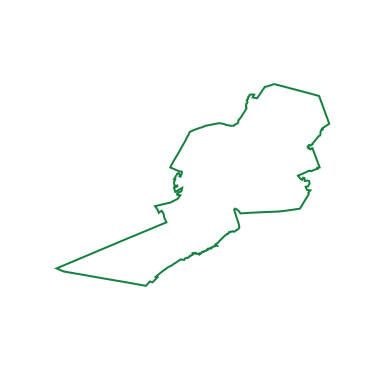 Medņevas pag., Vilakas, Latvia (Robinson projection), rotated 337°
{"feature_id": "27541924B53598667549693", "entity_name": "Medņevas pag.", "entity_type": "district", "adm_level": 2, "iso_a3": "LVA", "parent_name": "Latvia", "parent_adm1": "Vilakas", "projection": "robinson", "projection_center": [27.629, 57.125], "detail": "fine", "context": "isolated", "style": "outline", "palette": "green", "viewbox_px": 384, "rotation_deg": 337, "n_neighbors": 0, "source": "geoboundaries", "source_scale": "gbopen_adm2", "svg_char_len": 5595}
<svg xmlns="http://www.w3.org/2000/svg" viewBox="0 0 384 384"><g transform="rotate(337 192 192)"><path d="M281.3,126.1L280.0,127.7L279.8,128.3L279.4,128.4L278.6,128.6L278.2,128.9L278.1,129.0L278.1,129.3L278.3,129.6L278.3,129.9L278.0,131.1L277.9,131.4L277.3,131.8L276.8,131.9L276.6,132.1L276.3,132.1L276.1,132.8L275.9,133.1L275.7,133.3L275.3,133.7L275.3,134.6L275.3,134.9L275.1,135.2L274.7,135.5L274.7,135.8L274.7,136.5L273.8,137.1L269.9,139.8L269.2,140.2L267.3,141.6L264.6,143.3L264.3,143.3L264.0,143.5L263.7,143.6L263.1,144.1L262.7,144.1L262.1,145.2L261.9,145.9L260.6,146.6L258.1,146.6L257.2,147.0L257.0,147.3L256.4,147.3L255.3,146.9L254.1,146.5L251.1,144.5L249.3,143.6L248.9,142.5L244.5,139.6L244.1,139.3L239.6,138.3L239.5,138.2L238.9,138.1L234.0,137.2L230.7,136.4L225.7,136.3L224.1,136.0L221.5,135.9L218.7,135.7L213.5,135.8L212.8,136.4L210.8,138.3L209.6,139.0L209.2,139.4L207.6,140.8L204.8,143.1L199.7,146.9L198.9,147.6L194.1,151.3L188.4,155.4L187.3,156.2L186.0,157.3L183.0,159.7L182.8,159.7L181.6,160.9L187.1,166.7L187.2,166.8L188.0,167.7L190.5,169.2L190.2,170.5L187.4,173.4L186.6,172.7L187.4,171.8L187.3,169.6L186.3,169.5L185.8,169.3L180.5,173.2L181.5,173.9L179.2,175.9L178.3,179.5L181.0,180.3L180.7,181.1L177.1,181.1L177.0,182.3L176.8,184.1L176.7,185.4L179.4,185.1L180.4,184.9L184.5,184.4L182.7,187.0L181.7,187.3L179.4,187.1L179.3,187.3L177.7,187.6L177.4,188.9L178.6,189.4L179.0,189.6L179.9,190.5L176.0,192.7L167.9,193.3L160.1,191.9L152.5,190.6L153.5,195.4L153.4,196.4L153.4,197.3L153.3,198.2L156.8,197.4L157.3,200.8L156.5,204.7L156.6,210.0L151.3,209.9L151.2,209.9L123.3,209.7L116.1,209.6L37.5,209.4L42.8,215.0L61.9,227.3L73.1,234.6L79.3,238.6L89.7,245.3L90.9,246.0L113.0,260.4L118.2,257.9L120.3,259.7L126.8,257.1L126.2,256.7L125.4,255.9L126.8,255.5L130.1,254.5L135.0,253.1L136.8,252.9L140.4,251.9L144.4,251.7L146.9,251.1L148.2,251.0L152.2,250.2L152.9,250.0L155.2,249.6L157.2,250.9L158.2,251.5L159.2,250.6L159.4,250.5L160.5,250.6L160.8,250.5L161.0,250.4L161.5,250.4L162.2,251.0L162.5,251.0L163.5,250.7L164.1,250.5L164.4,250.4L164.8,250.4L164.9,250.1L165.1,250.0L165.3,249.9L165.6,250.0L165.9,250.0L166.0,250.2L166.3,250.1L167.0,250.1L167.6,250.1L168.0,250.0L168.5,249.7L168.6,249.4L168.3,249.2L168.2,249.0L168.3,248.8L168.4,248.6L168.7,248.7L169.0,248.9L169.1,248.6L169.3,248.5L169.7,248.7L169.9,248.9L169.9,249.1L170.0,249.4L170.1,249.5L170.3,249.5L171.4,249.3L171.6,249.3L171.7,249.5L171.8,249.8L171.8,250.0L171.6,250.2L171.4,250.3L171.5,250.4L171.8,250.6L172.8,251.0L173.0,251.2L173.2,251.3L173.4,251.4L173.6,251.6L173.7,251.8L173.8,251.8L174.3,251.5L174.6,251.4L174.6,251.9L174.6,252.2L174.8,252.1L175.0,252.3L175.4,252.3L175.7,252.2L176.0,252.1L176.5,252.0L176.6,251.8L176.8,251.5L177.4,251.1L177.7,251.0L177.9,251.1L178.1,251.3L178.5,251.5L178.9,251.7L179.3,251.7L179.6,251.4L179.8,251.2L180.0,251.2L180.4,251.4L181.0,251.3L181.4,251.4L181.6,251.5L182.1,251.6L182.3,251.5L182.4,251.4L182.6,251.4L182.4,251.2L182.7,251.1L182.8,251.1L183.1,251.1L183.3,251.0L183.6,251.0L184.1,251.2L184.3,251.0L184.3,250.9L184.6,250.8L184.4,250.7L184.2,250.5L184.3,250.4L184.5,250.4L184.9,250.4L185.0,250.5L185.2,250.8L185.5,251.0L186.0,251.1L186.5,251.1L186.8,250.9L186.7,250.8L186.8,250.7L187.2,250.6L187.3,250.7L187.4,250.8L187.5,251.1L187.7,250.9L187.8,250.9L188.4,251.1L188.7,251.0L188.7,250.9L188.7,250.7L188.9,250.6L189.3,250.5L189.5,250.6L189.6,250.8L189.9,250.8L190.0,250.8L190.2,250.7L191.0,250.6L191.2,250.4L191.4,250.4L191.5,250.5L191.4,250.7L191.4,250.8L191.5,250.9L191.7,251.0L192.1,250.8L192.6,250.8L192.8,250.8L193.6,251.1L193.8,251.1L194.1,251.3L194.0,250.8L193.3,249.3L195.6,248.9L197.0,248.4L199.4,247.3L201.7,246.4L203.8,245.5L207.9,244.3L208.4,244.8L210.4,243.4L211.0,244.0L212.2,243.5L212.9,244.1L214.2,244.0L215.2,245.1L220.0,244.2L220.8,243.9L220.8,243.6L221.6,243.3L222.3,241.2L222.5,239.8L222.8,236.4L223.0,233.9L223.1,232.4L223.5,228.5L223.8,224.9L225.0,224.1L225.7,224.7L226.2,225.3L227.4,227.2L227.6,227.7L227.8,228.5L227.9,229.5L228.5,230.8L228.8,230.8L232.7,232.2L235.9,233.3L251.9,239.2L264.0,243.8L264.0,243.7L267.9,245.0L270.0,245.6L284.8,249.5L292.7,243.8L295.4,242.0L295.9,241.6L298.6,239.7L298.7,239.2L298.7,238.2L301.5,236.7L298.7,235.1L298.7,231.6L301.1,232.0L303.2,230.5L303.6,230.0L304.1,227.6L302.9,226.7L302.6,226.5L300.1,226.0L300.0,225.9L300.2,225.4L300.2,225.5L301.0,223.1L299.9,222.3L298.1,223.8L297.5,223.3L297.0,222.0L296.8,221.7L296.5,220.5L295.9,218.6L295.9,218.3L299.5,218.4L300.9,218.4L303.8,218.3L307.2,218.2L308.3,218.2L308.7,218.7L309.3,218.7L310.0,219.5L312.3,219.3L314.3,219.4L315.7,219.6L317.0,219.8L317.0,218.7L319.1,219.2L320.0,198.8L320.0,198.7L319.6,198.6L319.5,198.8L319.4,198.8L319.0,198.7L318.3,198.8L317.8,198.9L317.4,198.8L317.4,198.6L316.9,198.3L316.7,198.0L316.7,197.9L316.8,197.9L317.1,197.9L317.1,197.6L316.9,197.5L317.0,197.2L316.4,196.8L316.5,196.6L316.4,196.5L316.2,196.4L316.5,196.1L316.6,195.7L316.3,195.5L316.2,195.5L316.2,195.4L317.7,194.8L318.4,194.4L318.5,194.4L319.1,195.5L319.3,195.6L319.9,195.5L321.8,195.1L321.8,194.5L323.6,193.7L330.3,190.1L331.7,190.0L332.0,190.0L332.7,189.2L332.8,189.1L333.8,186.8L335.5,185.2L336.1,185.7L336.9,185.5L337.0,185.4L336.8,184.3L345.0,182.8L345.3,177.3L346.5,153.4L344.2,151.5L344.3,151.5L343.4,150.8L331.9,141.8L327.6,138.5L313.4,127.5L311.9,126.4L310.9,125.5L309.9,125.0L308.8,124.6L308.2,124.6L307.3,124.6L302.0,124.1L301.0,123.9L300.3,123.6L298.4,124.8L297.7,125.2L294.7,127.1L293.9,127.7L291.0,129.6L288.4,131.1L284.8,128.6L287.3,126.7L286.0,125.9L283.8,125.2L283.0,125.1L282.1,126.3L281.7,126.3L281.8,126.2L281.3,126.1Z" fill="none" stroke="#15803d" stroke-width="2"/></g></svg>